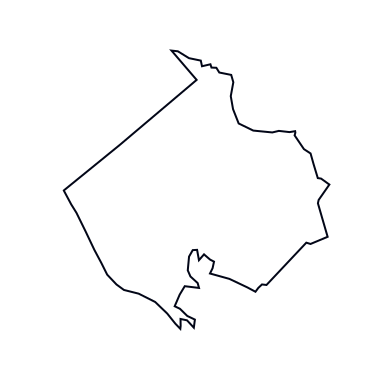 the district of Vermilion, Louisiana, United States of America, rotated 50°
{"feature_id": "52423323B90141807319554", "entity_name": "Vermilion", "entity_type": "district", "adm_level": 2, "iso_a3": "USA", "parent_name": "United States of America", "parent_adm1": "Louisiana", "projection": "natural_earth1", "projection_center": [-92.265, 29.84], "detail": "fine", "context": "isolated", "style": "outline", "palette": "ink", "viewbox_px": 384, "rotation_deg": 50, "n_neighbors": 0, "source": "geoboundaries", "source_scale": "gbopen_adm2", "svg_char_len": 1102}
<svg xmlns="http://www.w3.org/2000/svg" viewBox="0 0 384 384"><g transform="rotate(50 192 192)"><path d="M106.0,95.8L102.1,103.5L97.0,100.8L87.5,108.3L75.1,112.4L70.5,116.8L109.1,116.4L109.5,217.4L108.4,289.2L109.1,289.4L123.9,292.5L133.7,293.9L153.6,298.8L173.6,304.0L187.8,307.0L200.8,310.1L214.3,309.3L223.3,307.1L235.6,298.2L252.6,290.9L269.2,289.1L282.2,289.4L289.3,288.9L287.3,286.8L281.9,282.4L287.1,278.3L297.1,277.8L291.6,271.8L283.9,275.3L273.7,276.3L268.4,278.7L262.7,267.4L259.5,258.1L270.0,248.3L265.4,246.2L255.7,247.5L249.3,245.6L239.6,235.8L237.0,228.8L239.6,225.3L248.7,230.5L247.5,222.9L255.4,221.6L259.5,219.9L263.6,225.2L266.0,230.6L282.6,219.2L300.7,210.9L309.2,207.5L308.1,202.9L307.8,197.8L311.1,194.7L304.3,137.0L308.0,134.6L313.5,116.9L294.9,108.7L281.6,102.8L279.5,100.1L274.6,82.0L264.7,84.5L262.2,86.7L248.9,81.0L238.7,76.4L231.1,78.7L214.6,77.0L213.0,74.7L211.7,73.9L208.8,78.8L201.0,86.2L198.0,92.2L184.3,105.6L169.5,112.2L154.9,107.3L143.5,100.7L134.5,89.8L127.5,86.7L118.0,94.3L112.5,93.5L109.2,97.1L106.0,95.8Z" fill="none" stroke="#020617" stroke-width="2"/></g></svg>